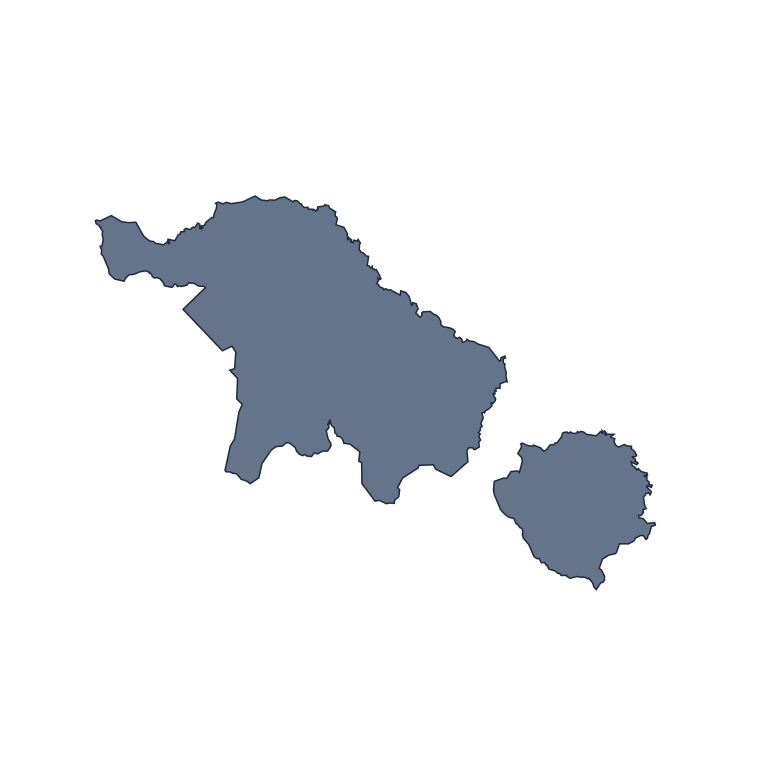 the district of Bosome Freho, Ashanti, Ghana, rotated 331°
{"feature_id": "2480657B30283206314404", "entity_name": "Bosome Freho", "entity_type": "district", "adm_level": 2, "iso_a3": "GHA", "parent_name": "Ghana", "parent_adm1": "Ashanti", "projection": "robinson", "projection_center": [-1.315, 6.307], "detail": "fine", "context": "isolated", "style": "filled", "palette": "slate", "viewbox_px": 768, "rotation_deg": 331, "n_neighbors": 0, "source": "geoboundaries", "source_scale": "gbopen_adm2", "svg_char_len": 6172}
<svg xmlns="http://www.w3.org/2000/svg" viewBox="0 0 768 768"><g transform="rotate(331 384 384)"><path d="M431.4,245.0L429.8,246.0L427.4,243.6L425.7,245.4L423.7,243.9L423.8,242.9L425.0,243.3L425.5,242.0L424.3,240.2L422.3,240.3L422.6,238.7L424.3,239.2L423.6,236.3L424.9,234.9L424.9,227.6L419.2,221.4L423.3,216.9L423.6,215.3L422.9,213.7L423.6,211.5L425.2,210.1L421.7,203.7L422.1,201.3L419.2,198.5L417.7,199.3L412.0,197.0L410.4,199.5L410.0,198.8L408.1,199.7L407.2,197.2L406.3,197.5L406.5,196.8L402.6,194.3L403.2,192.7L399.8,190.9L398.6,188.0L399.2,186.8L397.9,185.5L397.1,182.0L394.6,180.0L392.9,180.7L387.9,172.3L382.8,170.5L377.8,170.4L372.9,167.4L371.2,167.5L365.9,163.6L362.4,157.1L348.7,156.2L337.8,152.2L334.4,148.8L330.4,148.4L327.4,144.6L325.4,144.2L324.2,144.3L324.7,146.1L322.3,149.3L317.4,153.3L315.9,155.5L313.7,155.0L307.1,156.1L303.9,158.2L300.7,157.2L300.3,158.4L301.3,159.5L300.7,159.8L299.8,158.4L299.4,159.0L299.5,157.8L298.1,159.3L300.3,155.0L299.3,153.0L294.5,155.3L292.5,154.0L289.4,155.0L286.2,151.9L283.9,152.2L283.3,153.8L279.9,152.4L278.6,154.0L276.2,153.8L270.5,157.3L265.3,152.7L264.5,153.7L265.2,154.9L264.6,157.2L263.6,156.8L263.3,154.6L258.8,155.4L252.5,150.3L251.5,147.7L248.9,145.8L247.2,142.9L245.5,138.0L245.4,122.2L238.4,118.8L233.1,114.7L227.1,104.5L215.1,103.8L211.9,101.2L210.6,101.4L210.0,104.4L211.6,106.8L211.4,108.9L212.6,109.7L211.6,110.9L212.0,114.4L210.3,115.9L208.4,121.6L204.3,126.5L202.5,126.0L202.0,130.0L199.7,133.3L200.4,136.1L198.8,149.9L197.1,154.3L199.3,161.6L206.5,168.1L209.6,166.1L214.0,164.9L218.2,166.8L225.0,167.6L230.3,169.4L233.1,172.8L232.6,173.4L233.8,174.8L233.5,177.9L234.7,180.1L237.1,180.9L239.2,183.6L240.2,189.0L239.5,191.5L245.0,196.4L246.6,196.6L249.1,195.1L250.3,195.8L250.6,198.7L251.7,198.5L254.5,200.7L259.6,202.0L262.1,200.9L266.3,203.4L269.5,208.7L274.0,211.4L274.2,213.2L244.4,221.3L258.8,276.6L269.3,277.2L269.8,284.3L260.7,298.2L255.8,297.1L258.6,308.2L248.0,325.5L250.1,333.1L243.5,338.2L226.6,359.7L219.5,363.7L203.1,382.4L203.2,384.1L206.5,386.1L208.4,388.8L211.7,391.2L212.9,398.2L216.9,402.4L218.6,406.3L229.1,405.4L238.7,394.5L253.1,387.2L259.0,386.4L264.9,389.0L270.3,388.1L272.9,390.0L275.5,396.4L275.0,400.5L276.0,404.6L278.3,407.3L280.8,407.4L281.7,409.8L285.4,412.3L289.6,410.3L291.9,412.9L297.6,412.9L302.2,415.3L307.5,412.6L308.7,410.2L308.5,404.9L310.8,396.9L314.5,395.6L315.5,393.9L315.1,392.1L316.1,391.5L316.8,392.3L317.9,390.1L319.3,389.5L318.1,393.5L318.2,395.8L319.3,398.0L317.3,403.2L318.2,404.8L317.7,407.0L319.8,408.6L321.0,411.8L320.2,416.4L325.1,420.2L330.0,431.5L324.5,439.3L326.3,442.0L316.4,460.4L319.4,482.1L323.5,483.5L328.0,489.8L331.3,490.8L335.1,493.4L337.0,490.8L342.3,489.7L346.4,484.1L345.7,481.3L354.5,475.3L373.2,474.0L375.1,472.0L387.9,478.6L387.9,483.6L397.8,497.5L419.8,492.6L424.2,482.5L427.3,480.9L431.0,483.2L430.7,484.4L431.6,485.5L436.8,485.3L438.7,480.8L441.4,479.8L441.4,476.0L444.0,474.3L442.8,472.4L445.7,471.2L447.1,468.9L449.3,468.7L449.6,465.5L454.4,461.7L455.4,457.0L457.7,457.1L457.9,457.9L459.9,456.6L463.6,456.6L467.7,455.5L468.4,452.5L469.6,453.9L472.8,452.8L474.4,451.2L474.5,445.8L475.3,445.4L476.3,446.4L477.5,443.5L478.6,444.5L479.7,442.0L483.6,443.9L485.3,440.2L492.0,440.8L492.7,441.8L494.6,436.0L496.5,433.5L497.7,427.5L499.5,425.2L498.6,423.4L500.4,419.9L502.9,420.2L503.3,418.2L498.9,417.8L497.5,419.9L496.1,419.9L493.4,402.7L485.9,395.0L483.3,390.6L479.6,387.8L478.2,385.1L476.1,386.3L472.8,385.6L473.8,382.7L472.8,379.8L470.3,379.7L468.5,377.1L469.1,374.6L471.7,372.8L471.2,370.0L468.6,366.6L463.8,362.8L462.3,359.5L463.9,357.5L464.2,353.0L463.2,349.1L461.3,347.2L459.7,343.0L453.3,339.8L451.5,340.1L450.3,342.4L448.0,343.2L446.3,337.2L450.3,334.8L451.1,329.3L448.6,326.8L447.4,328.5L446.4,328.4L448.4,319.7L447.5,314.5L443.8,310.6L441.2,314.2L435.2,304.6L433.6,304.3L431.5,301.3L429.4,301.4L429.6,299.8L427.0,296.4L427.5,294.4L426.0,292.7L429.1,291.0L429.9,288.4L430.9,290.7L432.5,290.4L432.1,289.2L432.8,287.6L432.7,280.2L431.0,279.8L431.1,278.4L429.7,277.5L430.7,275.4L428.3,275.8L428.2,273.4L426.8,272.2L432.4,264.9L430.6,263.5L429.4,259.0L427.5,257.4L428.0,256.1L427.3,254.8L430.2,250.2L431.7,249.3L431.4,245.0ZM550.2,530.6L544.6,532.2L536.5,526.0L535.5,523.0L533.1,520.8L531.1,520.9L530.1,519.4L528.9,520.5L525.2,518.8L523.9,516.4L521.1,516.4L520.9,514.8L518.3,513.7L516.4,513.5L513.9,516.1L506.9,519.3L505.3,518.6L502.7,519.4L499.8,517.8L494.8,520.1L491.4,520.4L490.0,515.8L485.1,509.9L484.2,510.6L480.2,507.9L476.4,502.8L474.4,502.7L474.3,504.7L472.9,506.3L467.3,509.7L468.7,514.8L467.6,518.6L459.5,527.0L458.7,524.8L452.6,522.1L445.3,526.1L443.2,524.3L433.3,522.6L428.3,529.8L426.9,534.0L425.0,550.5L426.5,556.5L428.7,561.1L432.4,564.7L431.8,570.4L432.7,571.0L433.3,575.6L434.6,577.1L434.1,580.1L432.3,582.3L431.1,586.2L432.8,594.5L431.5,607.7L433.2,611.1L435.1,611.8L434.9,616.6L437.9,618.0L438.0,621.0L438.8,621.6L438.4,625.8L443.1,630.5L444.1,633.7L445.9,635.2L446.1,637.3L450.9,640.0L450.7,641.0L452.7,644.2L459.3,645.9L464.0,649.5L465.0,649.4L468.1,653.4L469.0,653.3L470.0,659.1L469.2,663.4L470.0,666.8L477.0,663.0L479.3,663.6L481.9,662.3L483.8,658.8L484.0,652.2L482.9,649.6L490.1,643.1L497.4,642.6L504.0,644.5L505.8,644.0L512.4,637.9L520.4,642.4L526.8,642.5L528.9,640.7L534.9,640.9L537.4,642.4L537.6,646.9L539.7,646.7L541.4,644.4L543.6,643.6L548.7,638.3L552.9,639.0L553.6,636.4L546.6,633.6L545.5,627.6L542.0,624.4L543.0,622.4L545.0,623.7L548.5,622.4L549.6,619.6L553.0,620.1L553.0,617.0L556.3,608.2L558.0,608.3L560.1,606.7L562.7,607.5L562.9,609.9L565.0,608.6L565.5,607.0L563.8,601.4L564.8,600.6L567.7,604.0L569.5,602.6L567.2,600.4L568.3,598.2L567.3,595.4L569.0,592.5L567.3,591.4L567.3,590.4L570.3,591.4L570.9,589.5L566.5,585.3L565.5,581.3L563.4,581.8L563.4,579.2L561.6,575.5L562.5,571.8L565.6,576.9L567.7,576.7L567.8,575.3L566.1,573.6L567.4,571.9L565.7,568.6L565.9,568.0L568.8,569.5L570.4,568.8L570.5,564.7L568.9,560.3L570.3,558.5L566.4,555.8L564.9,553.4L558.4,552.9L557.0,549.8L557.2,546.3L559.3,543.6L556.6,541.1L556.9,540.1L560.7,539.6L555.4,536.4L552.9,536.4L552.9,534.6L554.7,534.7L554.1,531.9L552.3,532.5L552.0,530.6L551.1,532.6L550.2,530.6Z" fill="#64748b" stroke="#1e293b" stroke-width="1.5"/></g></svg>